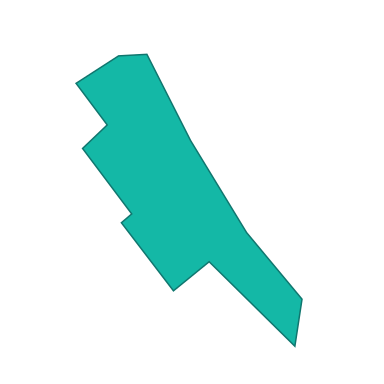 Yangiyul city, Tashkent, Uzbekistan (orthographic projection), rotated 106°
{"feature_id": "79887680B38656408263459", "entity_name": "Yangiyul city", "entity_type": "district", "adm_level": 2, "iso_a3": "UZB", "parent_name": "Uzbekistan", "parent_adm1": "Tashkent", "projection": "orthographic", "projection_center": [69.026, 41.087], "detail": "fine", "context": "isolated", "style": "filled", "palette": "teal", "viewbox_px": 384, "rotation_deg": 106, "n_neighbors": 0, "source": "geoboundaries", "source_scale": "gbopen_adm2", "svg_char_len": 335}
<svg xmlns="http://www.w3.org/2000/svg" viewBox="0 0 384 384"><g transform="rotate(106 192 192)"><path d="M292.1,182.6L254.3,156.3L311.9,50.6L264.7,56.7L216.0,128.3L143.0,207.5L72.1,273.3L81.4,300.1L119.5,333.4L150.9,292.0L180.3,309.2L229.7,243.9L241.0,251.4L292.1,182.6Z" fill="#14b8a6" stroke="#0f766e" stroke-width="1.5"/></g></svg>